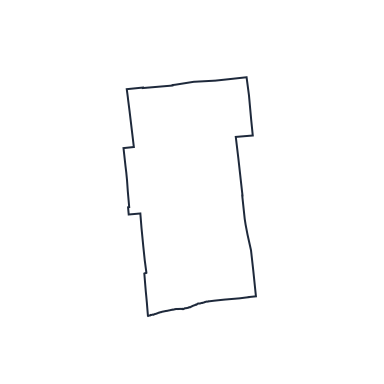 General Las Heras, Buenos Aires, Argentina, rotated 221°
{"feature_id": "61730980B57566902843096", "entity_name": "General Las Heras", "entity_type": "district", "adm_level": 2, "iso_a3": "ARG", "parent_name": "Argentina", "parent_adm1": "Buenos Aires", "projection": "robinson", "projection_center": [-59.099, -34.91], "detail": "fine", "context": "isolated", "style": "outline", "palette": "slate", "viewbox_px": 384, "rotation_deg": 221, "n_neighbors": 0, "source": "geoboundaries", "source_scale": "gbopen_adm2", "svg_char_len": 3713}
<svg xmlns="http://www.w3.org/2000/svg" viewBox="0 0 384 384"><g transform="rotate(221 192 192)"><path d="M301.3,220.2L292.1,212.0L265.4,187.8L272.5,180.2L259.5,168.2L254.3,163.5L248.6,158.1L240.9,150.4L229.5,139.4L230.2,138.5L225.0,133.5L216.9,141.9L206.7,131.9L193.3,119.2L182.8,109.4L173.4,101.1L173.5,100.8L173.5,100.7L173.8,100.4L174.0,100.2L174.2,99.9L174.3,99.6L174.4,99.4L174.5,99.2L169.4,94.2L161.5,86.5L158.1,83.3L153.4,78.8L144.0,69.6L143.8,69.6L143.7,69.8L143.6,70.2L143.5,70.4L143.4,70.5L143.1,70.8L142.9,71.1L142.7,71.2L142.7,71.4L142.6,71.6L142.6,71.9L142.6,72.0L142.4,72.1L142.1,72.4L142.0,72.5L141.9,72.7L141.7,72.9L141.6,73.1L141.4,73.5L141.1,73.8L140.8,73.9L140.6,74.0L140.4,74.4L140.4,74.7L140.3,74.8L140.2,75.0L140.0,75.4L139.9,75.7L139.7,75.8L139.6,76.0L139.3,76.3L139.2,76.6L139.1,76.8L138.9,77.1L138.8,77.4L138.6,77.6L138.5,77.9L138.4,78.0L138.3,78.3L138.2,78.5L138.0,78.9L137.9,79.0L137.8,79.3L137.6,79.4L137.5,79.7L137.4,79.9L137.2,80.1L137.1,80.4L136.9,80.6L136.8,80.8L136.6,80.9L136.5,81.2L136.3,81.4L136.2,81.6L136.1,81.9L135.9,82.1L135.8,82.3L135.6,82.5L135.4,82.8L135.1,83.1L135.0,83.3L134.8,83.6L134.6,83.8L134.4,84.0L134.2,84.3L134.1,84.6L133.8,84.8L133.7,84.9L133.6,85.1L133.4,85.3L133.2,85.5L133.0,85.9L132.8,86.1L132.6,86.2L132.4,86.5L132.2,86.8L132.0,87.1L131.8,87.4L131.6,87.6L131.4,87.9L131.2,88.1L131.0,88.4L130.8,88.7L130.7,88.9L130.5,89.1L130.3,89.4L130.2,89.5L129.9,89.8L129.7,90.1L129.7,90.3L129.4,90.4L129.2,90.6L129.0,90.8L128.9,91.0L128.7,91.3L128.5,91.6L128.4,91.7L128.3,91.9L128.1,92.0L127.9,92.3L127.9,92.5L127.7,92.7L127.5,92.9L127.4,93.1L127.3,93.3L127.1,93.4L126.9,93.5L126.7,93.7L126.5,93.9L126.3,94.0L126.1,94.2L126.0,94.4L125.8,94.5L125.7,94.7L125.3,94.9L125.1,95.1L125.0,95.3L124.8,95.4L124.6,95.7L124.5,95.8L124.3,95.9L124.1,96.1L123.9,96.3L123.7,96.6L123.3,96.8L123.2,96.9L122.9,97.0L122.7,97.2L122.6,97.4L122.5,97.6L122.3,97.6L122.0,97.6L121.9,97.7L121.7,97.9L121.6,98.1L121.5,98.3L121.5,98.5L121.4,98.7L121.4,98.9L121.3,99.0L121.2,99.2L121.2,99.3L121.1,99.6L120.9,99.8L120.7,99.9L120.6,100.1L120.3,100.4L120.2,100.5L119.9,100.8L119.8,101.0L119.7,101.2L119.6,101.3L119.4,101.5L119.2,101.7L119.1,101.9L119.0,102.0L118.9,102.4L118.8,102.6L118.6,102.7L118.5,102.9L118.5,103.1L118.5,103.3L118.3,103.5L118.1,103.6L117.9,103.7L117.7,103.9L117.6,104.1L117.6,104.3L117.5,104.6L117.4,104.9L117.4,105.0L117.2,105.4L117.1,105.6L117.0,105.8L116.9,106.0L116.9,106.3L116.7,106.6L116.5,106.9L116.4,107.2L116.2,107.5L116.0,107.9L115.9,108.1L115.7,108.3L115.6,108.6L115.5,108.8L115.4,109.2L115.2,109.2L115.0,109.4L114.9,109.6L114.8,109.8L114.7,109.9L114.7,110.1L114.6,110.3L114.6,110.5L114.6,110.8L114.6,111.0L114.5,111.4L114.3,111.5L114.2,111.7L114.1,111.9L114.0,112.1L113.8,112.2L113.7,112.3L113.4,112.6L113.2,112.7L113.0,112.9L112.8,113.1L112.7,113.3L112.6,113.5L112.4,113.8L112.3,114.0L112.1,114.3L112.0,114.5L111.8,114.7L111.7,114.9L111.5,115.0L111.3,115.1L111.2,115.3L111.2,115.5L111.0,115.8L110.8,116.0L110.6,116.3L110.5,116.5L110.3,116.8L110.2,117.2L110.1,117.4L110.0,117.6L109.8,117.7L109.7,117.9L109.6,118.1L109.5,118.3L109.3,118.5L109.2,118.7L109.1,118.8L109.0,119.0L108.9,119.1L108.7,119.2L108.5,119.3L108.4,119.5L108.1,119.7L108.0,119.9L107.9,120.0L107.8,120.4L107.4,120.7L105.5,122.8L103.7,124.8L96.9,132.1L86.3,143.0L82.3,147.5L80.2,149.8L80.3,149.9L75.3,155.2L94.0,172.7L109.2,186.7L122.2,196.3L130.1,202.5L134.6,206.3L151.8,222.3L151.6,222.5L153.9,224.6L179.2,247.9L187.7,255.6L195.1,262.3L183.2,274.5L195.1,285.7L212.5,302.4L226.1,314.4L235.8,303.9L247.5,291.3L263.0,276.3L274.9,262.1L276.8,260.0L276.5,259.7L276.7,259.4L284.0,251.9L297.3,238.2L297.6,238.6L308.7,226.8L302.7,221.5L301.3,220.2Z" fill="none" stroke="#1e293b" stroke-width="2"/></g></svg>